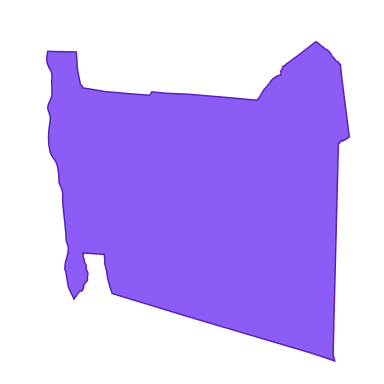 outline of Galole, Coast, Kenya, rotated 184°
{"feature_id": "3690345B71380805916784", "entity_name": "Galole", "entity_type": "district", "adm_level": 2, "iso_a3": "KEN", "parent_name": "Kenya", "parent_adm1": "Coast", "projection": "equal_earth", "projection_center": [39.8, -1.506], "detail": "fine", "context": "isolated", "style": "filled", "palette": "violet", "viewbox_px": 384, "rotation_deg": 184, "n_neighbors": 0, "source": "geoboundaries", "source_scale": "gbopen_adm2", "svg_char_len": 5985}
<svg xmlns="http://www.w3.org/2000/svg" viewBox="0 0 384 384"><g transform="rotate(184 192 192)"><path d="M37.8,33.4L39.8,39.2L39.9,39.7L39.9,40.4L40.2,46.1L40.3,48.1L41.7,78.6L49.0,242.5L49.3,250.2L48.9,250.6L48.6,250.8L48.6,251.0L48.5,251.3L48.5,251.7L48.4,252.0L48.2,252.2L48.0,252.4L47.7,252.6L47.4,252.8L47.2,252.9L47.0,252.7L46.8,252.5L46.7,252.7L46.6,253.0L46.6,253.5L46.5,253.8L46.3,254.0L46.0,254.1L45.7,254.1L44.9,253.7L44.6,253.6L44.4,253.6L44.3,253.9L44.2,254.3L44.0,254.6L43.8,254.8L42.8,254.8L42.5,254.9L41.9,255.5L41.5,256.0L41.2,256.3L40.7,256.4L40.4,256.5L40.2,256.7L39.6,257.7L39.3,257.8L39.0,258.0L39.0,258.4L39.1,258.8L51.3,320.1L52.8,329.1L52.9,329.7L53.1,329.8L53.5,329.8L53.7,329.7L53.9,329.7L54.1,330.0L54.2,330.3L54.3,330.7L54.9,331.5L55.2,331.8L55.5,332.1L56.1,332.5L56.3,332.6L56.6,332.6L57.1,332.7L57.4,332.8L57.9,333.1L58.0,333.3L58.7,334.3L59.0,334.9L59.4,335.3L60.7,336.3L61.1,336.6L61.4,336.7L61.7,337.0L61.9,337.3L62.2,338.2L62.4,338.7L62.6,338.9L63.3,339.6L63.5,339.8L63.9,340.3L64.5,341.1L64.8,341.5L65.2,341.6L65.5,342.1L66.2,342.6L66.6,342.9L68.5,343.9L68.8,343.9L69.1,343.9L69.4,344.0L70.0,344.3L70.2,344.5L70.3,344.8L70.5,345.1L71.0,345.6L71.4,345.8L73.5,346.8L74.0,347.1L74.9,348.3L75.6,348.7L78.9,350.6L92.7,338.2L105.3,327.4L105.4,327.2L105.6,327.1L106.0,327.0L106.6,326.6L106.8,326.3L107.1,325.8L107.3,325.6L107.7,325.2L107.8,324.9L108.0,324.8L108.3,324.7L108.6,324.5L109.1,324.2L109.5,324.1L109.7,323.9L109.9,323.7L110.0,323.5L110.1,323.2L110.2,322.9L110.2,322.5L110.4,322.2L110.6,321.3L110.9,320.5L111.0,320.3L111.3,319.6L111.5,319.3L111.7,319.1L111.9,318.9L112.1,318.6L112.0,318.3L111.8,318.2L111.6,318.0L111.5,316.9L111.5,316.5L111.4,315.7L111.4,315.4L111.5,315.0L111.8,314.9L112.0,315.0L112.2,314.9L112.9,314.6L113.5,314.3L114.8,313.7L115.1,313.7L115.7,313.2L116.4,312.7L116.9,312.3L117.6,311.7L117.9,311.4L118.4,311.2L118.6,311.1L118.8,310.9L119.0,310.8L119.6,309.9L119.8,309.6L120.4,309.2L120.8,308.4L121.0,308.1L121.3,308.1L121.5,307.9L121.6,307.6L121.6,307.1L121.7,306.6L121.8,306.2L121.9,305.8L122.7,305.3L123.0,305.1L123.4,304.3L123.8,303.9L124.3,303.2L125.1,302.1L125.3,301.9L125.9,300.9L126.5,300.4L126.9,299.9L127.1,299.6L128.7,296.4L129.3,295.1L129.8,294.6L129.9,294.3L130.3,293.5L130.6,292.7L131.0,291.8L131.5,290.8L131.8,290.4L132.6,289.5L133.1,288.8L133.4,288.1L144.6,288.3L150.8,288.5L157.8,288.6L201.5,289.3L224.6,288.7L239.1,289.1L240.9,285.5L263.0,285.7L285.5,286.1L308.2,288.3L308.3,288.6L308.5,289.2L308.6,289.6L308.9,289.9L310.0,290.8L310.4,291.2L310.6,291.4L310.7,291.7L311.0,292.5L311.9,295.7L313.2,300.2L314.1,303.7L315.0,307.1L315.2,308.0L315.5,310.6L315.9,314.5L316.0,315.0L316.4,318.2L317.0,321.8L317.3,323.6L327.4,323.1L340.1,322.5L345.8,322.3L345.8,321.8L345.9,320.4L346.2,316.5L346.2,314.7L346.1,313.7L346.0,313.1L345.9,312.5L345.8,311.7L345.5,310.8L345.2,310.0L344.8,309.0L344.3,308.2L343.4,306.3L342.8,305.3L341.4,303.4L341.2,303.0L340.8,302.2L340.6,301.7L340.3,301.0L340.1,300.1L339.8,298.2L339.7,296.9L339.6,295.6L339.7,294.2L339.7,293.5L339.7,292.1L339.7,291.5L339.1,287.6L338.9,285.4L338.8,283.9L338.5,279.4L338.5,278.5L338.6,277.7L338.8,276.9L338.9,276.6L339.2,275.5L339.5,274.5L340.0,273.1L340.9,270.8L341.4,269.1L341.6,268.2L341.7,267.6L341.7,266.7L341.7,266.0L341.6,265.1L341.5,264.3L341.3,263.8L341.0,263.1L340.5,262.1L339.8,260.5L339.3,259.2L339.1,258.7L339.0,258.3L338.7,257.0L338.5,255.5L338.5,254.6L338.5,253.6L338.5,252.2L338.8,248.0L339.0,245.9L339.0,244.9L339.1,241.8L339.0,239.2L339.0,236.8L338.8,234.8L338.6,232.7L338.3,230.3L337.9,228.3L337.6,227.0L337.0,224.5L336.6,223.2L336.3,222.2L336.0,221.4L335.6,220.6L335.1,219.6L334.8,219.1L333.9,217.8L333.2,216.8L332.8,216.3L331.7,215.1L331.4,214.7L330.9,214.1L330.3,213.2L329.8,212.3L329.4,211.6L328.6,209.9L328.3,209.0L327.6,206.9L327.2,205.2L326.7,202.7L326.2,200.5L326.1,199.7L325.8,197.4L325.5,193.6L325.3,192.6L324.9,191.2L324.6,190.6L324.5,190.3L324.1,189.9L322.7,187.2L322.3,186.1L322.1,185.8L321.6,184.2L321.3,183.4L321.1,182.4L320.9,181.4L320.7,179.6L320.6,178.1L320.6,176.5L320.4,174.7L320.2,172.5L319.8,169.9L319.0,165.3L318.6,163.0L318.0,159.4L316.9,153.6L315.7,146.1L314.8,141.2L314.7,140.1L314.6,139.2L314.5,137.4L314.3,136.0L314.3,135.5L314.0,134.4L313.6,133.4L313.1,132.2L312.3,130.3L311.9,129.5L311.8,129.1L311.5,127.8L311.4,127.2L311.4,126.2L311.4,124.6L311.6,122.2L311.9,120.4L312.2,118.3L313.0,114.9L313.2,113.8L313.4,112.0L313.5,110.0L313.5,107.7L313.4,106.2L313.3,105.5L312.6,104.4L311.8,101.7L311.1,98.1L310.7,96.6L310.5,95.7L309.5,92.0L309.4,91.7L309.1,90.2L308.9,89.4L308.8,89.0L308.1,87.4L307.9,87.1L305.2,82.2L303.5,79.4L302.3,76.9L299.1,82.2L298.9,82.6L298.4,83.2L297.4,84.7L296.9,85.3L296.5,85.2L296.3,85.3L296.0,85.5L295.1,85.5L294.8,85.7L294.1,87.0L293.5,88.7L293.4,89.3L293.4,89.7L293.7,90.6L293.9,90.9L293.5,91.4L293.4,91.6L293.2,91.9L292.6,92.9L292.4,93.3L292.3,93.7L292.0,94.0L291.8,94.3L291.5,94.9L291.4,95.2L291.1,95.3L290.6,95.9L290.3,96.2L290.2,96.5L290.2,96.9L290.1,97.3L290.1,97.7L290.2,98.4L290.3,98.8L290.6,99.2L290.6,99.6L290.4,100.3L290.4,100.8L290.3,101.4L290.2,101.8L290.1,102.8L290.2,103.3L290.3,103.7L290.4,104.2L290.4,104.5L290.5,104.8L290.9,105.5L291.3,106.3L291.5,106.5L292.0,107.1L292.3,107.5L292.4,107.8L292.4,108.4L292.4,108.8L292.3,109.6L292.3,110.9L292.3,111.2L292.8,111.9L292.9,112.1L293.2,112.6L293.4,112.9L293.6,113.4L293.8,113.9L294.4,114.9L294.5,115.2L294.8,116.3L295.0,116.8L295.1,117.3L295.1,117.7L295.2,118.0L295.7,118.8L295.8,119.1L296.1,120.0L296.2,120.4L296.2,120.7L296.2,121.0L296.1,121.4L296.2,121.7L296.2,121.9L296.1,122.6L296.2,123.3L296.2,123.6L290.7,123.6L287.6,123.6L284.3,123.6L275.1,123.6L275.0,122.3L274.8,121.2L274.6,120.1L274.3,118.5L274.2,118.1L274.3,116.0L274.2,115.4L274.1,115.0L273.6,112.9L273.1,111.6L271.5,106.6L271.4,106.1L271.2,104.9L271.0,104.0L270.8,103.1L270.5,102.0L270.4,100.8L270.3,100.6L267.9,93.6L267.4,92.2L267.0,91.0L266.4,89.7L264.6,85.2L191.0,68.2L60.8,39.4L43.0,34.8L37.8,33.4Z" fill="#8b5cf6" stroke="#5b21b6" stroke-width="1.5"/></g></svg>